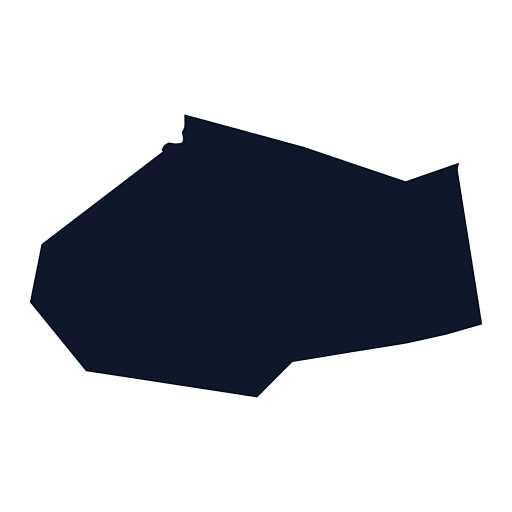 outline of San José Estancia Grande, Oaxaca, Mexico, rotated 180°
{"feature_id": "50627088B84369404768705", "entity_name": "San José Estancia Grande", "entity_type": "district", "adm_level": 2, "iso_a3": "MEX", "parent_name": "Mexico", "parent_adm1": "Oaxaca", "projection": "orthographic", "projection_center": [-98.255, 16.376], "detail": "fine", "context": "isolated", "style": "filled", "palette": "ink", "viewbox_px": 512, "rotation_deg": 180, "n_neighbors": 0, "source": "geoboundaries", "source_scale": "gbopen_adm2", "svg_char_len": 669}
<svg xmlns="http://www.w3.org/2000/svg" viewBox="0 0 512 512"><g transform="rotate(180 256 256)"><path d="M54.0,348.1L106.5,329.9L159.0,347.6L208.7,364.5L258.8,378.1L326.9,396.6L326.8,387.6L327.0,384.5L329.3,379.7L328.8,377.5L328.1,372.5L329.1,369.6L330.7,368.3L336.0,367.8L337.9,367.9L343.1,368.7L345.2,367.7L347.6,365.9L349.6,362.2L347.9,360.4L351.5,357.8L411.3,312.1L469.8,267.4L481.3,210.0L453.9,176.3L425.6,141.5L395.1,136.9L332.7,127.3L255.1,115.4L235.1,135.5L231.0,139.6L219.9,150.7L164.6,159.8L163.7,159.8L163.2,160.0L162.7,160.1L105.0,169.4L66.3,178.0L30.7,188.2L38.4,237.0L55.1,342.3L54.0,348.1Z" fill="#0f172a" stroke="#020617" stroke-width="1.5"/></g></svg>